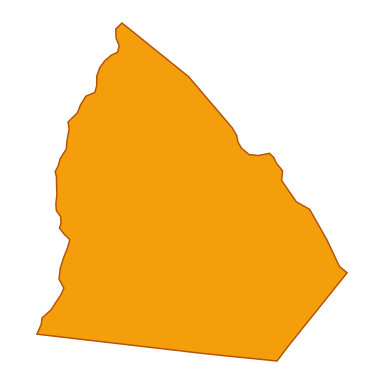 outline of Ouro Branco, Alagoas, Brazil
{"feature_id": "56859067B3091732010719", "entity_name": "Ouro Branco", "entity_type": "district", "adm_level": 2, "iso_a3": "BRA", "parent_name": "Brazil", "parent_adm1": "Alagoas", "projection": "mercator", "projection_center": [-37.381, -9.112], "detail": "fine", "context": "isolated", "style": "filled", "palette": "amber", "viewbox_px": 384, "rotation_deg": 0, "n_neighbors": 0, "source": "geoboundaries", "source_scale": "gbopen_adm2", "svg_char_len": 876}
<svg xmlns="http://www.w3.org/2000/svg" viewBox="0 0 384 384"><path d="M115.8,29.0L116.1,38.3L119.1,45.5L117.7,52.2L111.2,55.2L104.5,61.1L99.8,67.6L96.7,76.2L96.7,85.6L94.9,92.4L86.0,96.1L80.5,104.8L77.5,112.7L68.1,121.9L69.1,129.2L66.9,141.2L66.3,149.1L60.2,158.6L58.1,166.2L55.2,171.5L56.5,177.4L56.5,183.5L56.9,193.6L55.9,204.1L56.3,210.6L60.6,216.6L61.1,222.8L59.5,228.3L64.5,234.6L69.8,239.6L67.7,247.4L63.6,257.7L60.2,268.5L59.0,279.1L63.9,288.1L60.8,294.9L51.0,309.9L42.0,318.0L41.2,324.5L36.9,334.2L200.6,353.2L215.0,354.7L223.2,355.6L277.0,361.0L286.9,347.9L293.4,339.7L347.1,272.8L339.4,266.4L327.1,240.2L309.6,209.3L296.4,201.9L281.6,180.5L282.6,170.9L276.1,162.8L273.7,157.4L269.4,153.3L258.5,155.5L249.1,154.6L241.4,148.1L238.1,142.3L236.5,135.0L232.2,127.9L227.3,122.0L188.5,76.6L122.0,23.0L115.8,29.0Z" fill="#f59e0b" stroke="#b45309" stroke-width="1.5"/></svg>